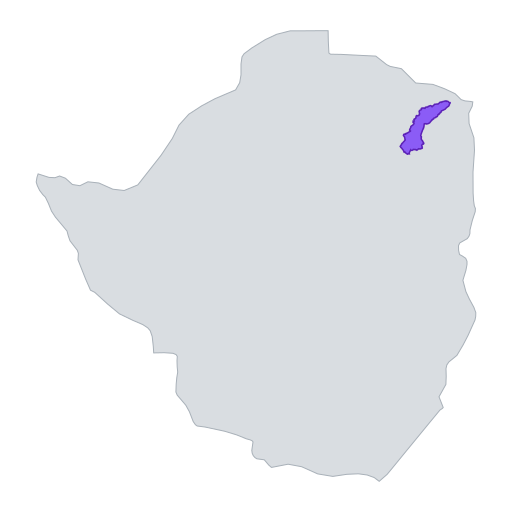 Uzumba Maramba Pfungwe, Mashonaland East, Zimbabwe shown in context
{"feature_id": "62879985B20819792882543", "entity_name": "Uzumba Maramba Pfungwe", "entity_type": "district", "adm_level": 2, "iso_a3": "ZWE", "parent_name": "Zimbabwe", "parent_adm1": "Mashonaland East", "projection": "natural_earth1", "projection_center": [32.048, -17.097], "detail": "fine", "context": "in_parent", "style": "filled", "palette": "violet", "viewbox_px": 512, "rotation_deg": 0, "n_neighbors": 0, "source": "geoboundaries", "source_scale": "gbopen_adm2", "svg_char_len": 7506}
<svg xmlns="http://www.w3.org/2000/svg" viewBox="0 0 512 512"><path d="M379.2,481.3L374.1,477.5L367.2,475.0L358.4,473.8L346.9,474.3L332.8,476.4L317.7,473.9L301.6,466.7L288.1,464.2L272.1,467.3L271.4,467.4L268.7,465.0L264.3,459.8L256.9,458.8L255.0,457.6L253.3,455.7L252.2,453.2L251.8,450.4L253.0,441.9L252.3,440.9L250.3,439.9L246.3,438.8L236.7,434.9L224.5,431.2L204.9,427.0L197.2,426.0L195.4,424.7L193.2,421.5L189.4,411.7L185.8,405.2L177.2,395.1L175.9,392.0L176.2,384.0L176.8,377.6L177.7,372.1L177.2,367.0L177.0,360.7L177.3,356.4L176.1,354.6L173.0,353.3L164.3,352.7L153.7,352.9L153.3,346.5L152.2,336.5L150.2,330.7L147.7,327.8L142.8,324.6L133.0,320.4L119.5,313.9L107.9,304.3L94.7,292.3L90.5,290.2L85.6,279.0L78.0,259.8L78.4,253.4L77.3,250.3L70.0,240.8L68.3,235.9L67.0,231.0L55.4,217.1L51.5,211.1L48.4,203.4L45.4,197.2L42.9,194.7L39.6,190.4L37.3,185.6L36.2,182.0L37.0,177.2L38.1,173.9L49.0,177.4L55.0,177.7L59.6,176.0L65.4,178.2L72.4,184.5L79.9,185.7L87.9,181.8L98.9,183.0L112.8,189.2L124.2,190.5L137.8,184.9L149.8,169.6L161.1,155.2L172.3,138.5L179.0,125.1L188.8,114.2L201.9,105.7L215.2,98.6L235.6,89.9L239.7,82.7L241.0,74.9L241.0,64.0L242.0,56.9L244.1,53.7L247.5,51.2L251.9,47.9L265.3,39.6L276.6,34.3L290.3,30.8L305.4,30.8L319.9,30.7L328.1,30.7L328.3,41.2L328.9,53.0L330.5,54.2L341.4,54.4L358.9,55.3L375.8,56.1L386.6,64.6L390.2,66.4L401.4,68.7L415.7,83.0L432.9,84.4L444.7,88.8L455.1,93.7L461.1,99.6L465.0,100.9L470.2,101.4L472.8,101.9L472.2,106.2L468.7,113.3L469.1,123.6L473.9,137.8L474.5,150.2L473.0,172.1L473.1,193.2L473.6,200.8L474.3,205.8L475.4,208.5L475.2,211.7L472.3,220.5L470.0,229.9L469.9,233.6L469.0,236.2L467.3,238.6L459.8,242.9L458.5,245.6L458.6,250.4L459.5,254.5L462.3,256.0L465.7,258.3L467.0,261.3L467.0,264.5L465.9,270.4L462.9,280.3L465.9,291.6L469.3,298.9L473.9,307.4L475.8,312.6L475.7,316.4L475.0,320.0L468.0,335.5L463.0,345.1L456.9,355.4L448.9,361.9L446.8,365.0L446.0,368.6L446.2,376.3L445.9,384.4L439.0,396.8L443.2,407.5L442.3,408.5L439.9,410.1L430.0,422.1L420.0,434.3L412.7,443.2L404.4,453.3L395.1,464.7L387.1,474.4L379.2,481.3Z" fill="#d9dde1" stroke="#a8b0b8" stroke-width="1"/><path d="M419.5,110.6L419.3,110.9L419.2,111.3L419.1,111.5L419.3,111.9L419.3,112.8L419.3,113.1L419.6,113.4L419.6,113.6L419.6,113.9L419.3,114.5L419.4,114.8L419.2,115.1L418.9,115.3L418.7,115.3L418.2,115.6L418.0,115.8L417.6,115.9L417.3,115.8L416.9,115.5L416.5,115.6L416.4,115.7L416.3,115.8L416.0,116.8L415.9,117.0L416.0,117.5L415.7,118.0L415.8,118.1L415.7,118.3L415.4,118.5L415.2,118.7L414.8,118.8L414.3,119.0L414.0,119.3L414.2,119.5L414.3,119.6L414.2,119.9L414.1,120.3L414.1,120.9L414.2,121.1L413.9,121.2L413.4,121.1L413.1,121.1L413.1,121.3L413.2,121.5L413.2,121.8L413.0,122.1L413.0,122.3L413.1,122.5L413.3,122.5L413.6,122.5L413.8,122.6L414.0,123.2L414.0,123.6L413.9,123.8L413.3,124.6L412.8,125.0L412.7,125.2L412.3,125.4L412.0,125.7L411.8,125.7L411.6,125.8L410.9,126.4L410.8,126.6L410.8,126.8L410.9,127.0L410.8,127.3L410.6,127.7L410.5,127.9L410.0,129.0L409.7,129.3L409.8,129.8L409.6,130.1L409.8,130.4L410.1,130.6L410.3,130.8L410.5,131.0L410.3,131.3L410.1,131.4L409.7,131.6L408.4,132.3L408.0,132.6L407.7,132.9L407.1,133.0L406.9,133.3L406.6,133.5L406.2,133.4L405.8,133.5L405.6,133.7L405.6,134.1L405.4,134.3L404.9,134.3L404.7,134.1L404.4,134.1L404.0,134.2L403.7,134.5L403.6,134.9L403.4,135.3L403.4,135.5L403.7,135.9L404.1,136.4L404.3,136.5L404.5,136.8L404.6,137.6L404.8,137.9L404.9,138.3L404.9,138.5L404.8,139.0L405.1,139.5L405.2,139.8L405.1,140.0L405.0,140.3L404.6,140.7L404.2,141.2L403.5,141.9L403.3,142.1L403.0,142.5L402.6,143.0L402.3,143.1L402.2,143.5L401.9,143.8L401.7,143.8L401.5,144.2L401.5,144.4L401.3,144.8L401.1,145.0L401.0,145.3L400.9,145.4L400.7,145.5L400.5,145.9L400.3,146.2L400.2,146.5L400.6,146.9L400.8,147.4L401.1,147.6L401.2,147.8L401.4,147.9L401.6,148.1L402.0,148.5L402.1,148.8L402.3,149.1L402.7,149.5L403.0,149.8L403.7,151.1L403.8,151.3L403.8,151.5L404.0,151.9L404.2,151.7L404.6,151.9L404.8,151.9L404.8,152.0L404.9,152.3L405.0,152.5L405.3,152.6L405.5,152.7L405.6,152.9L406.0,153.2L406.5,153.5L407.2,154.1L407.5,154.2L407.8,154.0L407.9,153.8L408.0,153.7L408.6,153.9L409.0,153.9L409.4,153.9L409.2,152.9L410.7,149.9L411.0,150.4L411.6,150.4L412.1,150.4L413.1,149.7L413.2,149.8L413.6,149.6L413.9,149.6L413.8,149.4L414.3,149.4L414.5,149.5L414.9,149.6L415.1,149.5L415.3,149.7L415.7,149.6L415.9,149.7L416.0,149.8L416.2,150.0L416.3,149.8L416.6,149.9L416.8,149.8L417.3,150.0L417.7,149.7L418.1,149.1L418.3,149.1L418.7,148.9L418.8,148.7L419.0,148.7L419.2,148.8L419.3,149.0L419.5,149.0L419.8,148.9L420.1,149.0L420.3,149.0L420.5,148.8L420.7,148.7L421.0,148.7L421.4,148.4L421.6,148.4L421.7,148.5L421.8,148.5L422.3,148.1L422.3,147.7L422.2,147.5L422.1,147.2L422.1,146.3L422.0,146.1L421.8,145.9L421.7,145.7L421.8,145.2L422.2,144.5L422.7,144.0L422.8,144.0L423.0,144.0L423.4,144.1L423.7,143.7L423.8,143.5L423.8,143.3L423.7,142.9L423.0,142.0L422.9,141.5L422.7,141.5L422.6,141.3L422.4,140.7L422.0,140.2L421.3,139.4L421.3,138.9L421.3,138.4L421.1,138.1L421.2,137.8L421.2,137.5L421.2,137.3L421.4,137.2L421.4,136.7L420.9,136.1L420.8,135.8L420.7,135.5L421.1,134.4L421.1,133.8L421.4,133.4L421.7,132.5L421.9,131.8L422.1,131.4L422.4,130.7L422.4,130.4L423.0,129.2L423.1,128.9L423.4,128.7L423.3,128.3L423.5,128.0L423.5,127.7L423.7,127.2L423.8,127.2L424.0,126.9L424.0,126.7L423.9,126.3L423.9,126.1L424.0,125.7L424.1,125.2L424.2,123.9L424.3,123.8L424.5,123.7L424.7,123.8L425.2,123.7L425.9,123.9L425.9,123.7L426.0,123.7L426.4,123.8L426.5,123.9L427.1,123.9L427.4,123.8L427.6,123.8L428.0,123.7L428.4,123.5L428.5,123.4L428.8,123.3L429.1,123.2L429.3,123.0L429.7,122.8L430.1,122.2L430.4,121.9L431.1,121.0L431.4,120.7L431.7,120.5L431.7,120.1L432.6,119.6L432.6,119.4L432.8,119.3L433.1,119.0L433.4,119.0L433.5,119.0L433.5,118.7L433.8,118.2L434.3,118.0L434.9,117.8L435.5,117.5L435.8,117.5L435.9,117.4L436.0,117.1L436.1,116.8L436.4,116.7L437.1,116.6L437.3,116.5L437.4,116.3L437.5,116.0L437.8,115.4L437.9,115.1L438.0,114.9L438.0,114.6L438.3,114.5L438.5,114.5L438.5,114.4L438.6,114.1L439.1,114.1L439.4,114.0L439.5,113.8L439.4,113.6L439.7,113.3L439.8,113.1L440.1,113.0L440.2,112.6L440.3,112.4L440.5,112.4L440.8,112.4L441.1,112.1L441.2,111.8L441.3,111.0L441.5,110.8L441.8,110.8L442.3,110.5L442.5,110.4L442.8,110.4L443.6,109.9L444.1,109.7L444.5,109.5L445.4,109.0L445.6,108.6L446.1,108.1L446.4,107.8L446.9,107.3L447.4,107.0L448.0,106.5L448.5,106.3L448.6,106.1L448.9,105.7L449.0,105.4L449.2,105.1L449.2,104.9L449.4,104.7L449.4,104.2L449.6,103.7L450.2,103.0L450.2,102.9L450.1,102.6L449.9,102.6L449.3,102.5L448.9,102.4L448.3,101.7L448.0,101.4L447.5,101.2L447.1,101.3L446.7,101.4L446.4,101.0L446.2,101.1L445.9,101.3L445.8,101.2L445.3,100.9L445.2,100.9L444.9,101.0L444.4,101.3L444.1,101.4L443.9,101.5L443.7,101.4L443.2,101.4L442.9,101.5L442.4,101.9L442.2,102.0L441.9,101.9L441.6,101.9L441.4,102.0L441.2,102.4L440.2,102.1L440.0,102.3L439.4,102.9L439.1,103.1L438.3,103.9L437.9,103.9L437.6,104.1L436.9,104.0L435.9,104.2L435.5,104.2L435.2,104.3L434.5,104.3L434.4,104.4L433.7,105.3L433.6,105.6L433.4,105.7L433.1,105.9L432.4,106.0L432.2,106.4L432.0,106.7L431.9,106.6L431.7,106.4L431.3,105.9L430.6,105.6L430.4,105.6L429.3,106.0L429.1,106.2L428.3,106.3L428.1,106.5L428.0,106.8L427.8,107.0L427.3,107.0L426.9,107.2L426.7,107.2L426.2,107.0L425.3,107.4L425.0,107.7L425.0,108.2L424.7,108.1L424.3,108.4L424.2,108.4L423.9,108.2L423.4,108.0L423.1,107.9L422.7,108.1L422.3,108.1L422.0,108.0L421.5,108.4L421.3,108.5L421.5,109.2L421.4,109.5L421.0,109.7L420.8,110.0L420.3,110.1L419.7,110.4L419.6,110.6L419.5,110.6Z" fill="#8b5cf6" stroke="#5b21b6" stroke-width="1.5"/></svg>